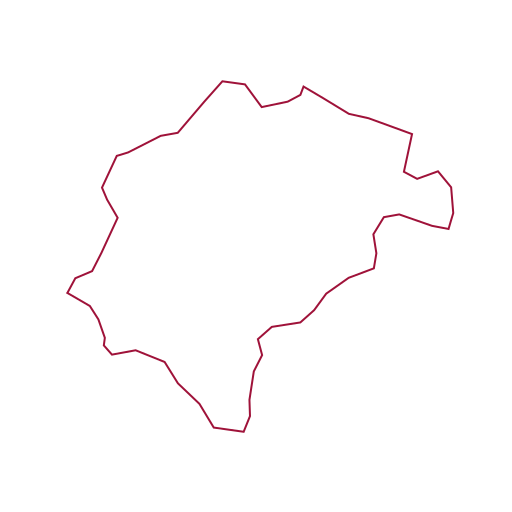 the district of Norberg, Västmanland, Sweden, rotated 292°
{"feature_id": "70781695B94571539406434", "entity_name": "Norberg", "entity_type": "district", "adm_level": 2, "iso_a3": "SWE", "parent_name": "Sweden", "parent_adm1": "Västmanland", "projection": "mercator", "projection_center": [15.975, 60.085], "detail": "fine", "context": "isolated", "style": "outline", "palette": "rose", "viewbox_px": 512, "rotation_deg": 292, "n_neighbors": 0, "source": "geoboundaries", "source_scale": "gbopen_adm2", "svg_char_len": 862}
<svg xmlns="http://www.w3.org/2000/svg" viewBox="0 0 512 512"><g transform="rotate(292 256 256)"><path d="M88.4,310.4L105.3,310.4L120.2,303.8L148.2,297.2L166.4,298.8L179.6,288.9L196.2,297.2L211.0,322.0L227.6,330.2L247.4,335.2L270.5,350.1L288.7,369.9L303.6,366.6L320.1,356.7L339.9,360.0L348.2,373.2L349.9,407.9L353.2,424.4L361.1,423.6L369.7,422.8L392.8,411.2L402.7,393.0L387.9,376.5L389.5,361.6L427.5,355.0L425.9,308.8L422.6,288.9L427.5,259.2L430.9,236.6L422.0,236.8L411.0,227.6L396.2,205.5L411.0,181.5L405.4,159.4L379.6,150.2L340.9,137.3L331.7,122.6L304.1,98.6L298.8,92.1L296.7,89.4L261.7,87.6L252.5,96.8L239.6,113.4L200.9,111.5L180.6,109.7L167.7,96.8L151.5,95.0L151.1,94.9L147.4,120.7L138.2,133.6L123.5,146.5L116.1,148.4L110.6,159.4L123.5,179.7L123.5,211.0L108.7,231.3L97.7,259.0L81.1,281.1L88.4,310.4Z" fill="none" stroke="#9f1239" stroke-width="2"/></g></svg>